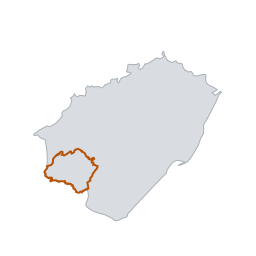 where Lublin sits in Poland, rotated 131°
{"feature_id": "POL-3151", "entity_name": "Lublin", "entity_type": "Voivodeship", "adm_level": 1, "iso_a3": "POL", "parent_name": "Poland", "parent_adm1": "", "projection": "equal_earth", "projection_center": [23.045, 51.304], "detail": "medium", "context": "in_parent", "style": "outline", "palette": "amber", "viewbox_px": 256, "rotation_deg": 131, "n_neighbors": 0, "source": "natural_earth", "source_scale": "10m", "svg_char_len": 5439}
<svg xmlns="http://www.w3.org/2000/svg" viewBox="0 0 256 256"><g transform="rotate(131 128 128)"><path d="M209.0,136.2L210.0,137.8L210.4,139.0L210.0,140.0L210.1,141.0L213.8,145.3L215.2,148.4L216.1,149.6L218.1,151.2L218.3,151.8L217.5,152.4L216.3,152.7L216.0,153.2L217.2,154.7L218.1,157.2L218.1,159.2L217.4,159.7L216.5,160.9L215.9,162.0L211.1,162.8L209.9,164.0L207.3,166.3L205.5,167.6L202.8,170.0L198.6,174.1L192.4,181.1L191.4,182.7L191.6,184.0L192.7,187.1L192.9,188.5L192.7,189.8L192.3,190.9L192.4,191.4L195.0,193.6L195.1,194.0L194.9,194.6L194.3,195.0L192.3,194.6L190.0,193.7L189.2,193.8L188.0,193.6L183.0,191.8L179.6,190.5L179.2,189.6L178.6,188.4L177.2,187.3L173.8,186.4L172.5,185.7L167.1,185.3L164.8,185.3L163.1,185.6L162.0,185.5L160.5,187.4L159.5,187.9L158.1,188.0L156.8,187.7L155.5,186.7L153.4,186.2L151.8,186.4L150.7,186.2L149.8,186.1L149.4,186.3L148.6,186.3L147.5,186.8L146.3,187.4L144.9,188.0L143.8,189.0L142.9,191.2L140.2,190.2L139.3,190.6L138.1,190.9L137.2,190.6L137.4,189.9L137.9,189.1L137.9,187.9L137.6,186.6L136.8,186.2L135.6,186.1L135.0,185.8L134.9,185.4L134.3,184.8L133.2,183.5L132.3,181.8L131.6,181.3L130.5,182.1L128.9,183.0L127.9,183.3L126.0,186.0L122.6,186.0L122.4,184.8L122.1,183.6L120.1,183.3L120.1,182.6L119.7,180.9L115.9,177.5L115.4,176.0L115.6,175.5L115.4,174.6L114.5,174.0L111.4,173.4L110.6,173.8L109.9,173.4L108.8,172.6L106.8,171.9L106.6,171.5L105.9,171.0L105.5,170.9L105.3,171.2L104.7,171.7L102.6,172.4L101.8,172.1L101.1,171.6L100.3,170.4L99.1,169.3L98.1,169.0L97.6,168.4L97.5,168.0L99.7,167.1L100.3,166.3L100.0,164.7L99.7,164.5L98.8,165.0L96.9,165.5L95.2,165.7L94.3,165.7L89.6,162.8L86.4,161.9L84.6,161.6L84.4,161.9L85.1,163.6L86.5,165.6L86.4,166.1L83.6,167.3L82.4,168.0L81.4,169.0L80.5,169.4L79.8,169.3L79.0,168.8L77.1,165.9L74.7,163.6L74.4,163.1L73.6,162.9L72.5,162.4L72.2,161.7L72.8,161.0L73.6,160.3L75.0,159.9L75.4,159.5L75.7,159.0L76.2,158.2L76.1,157.9L75.1,157.1L73.7,156.3L69.7,156.9L68.6,157.3L68.0,156.8L67.6,155.9L66.6,155.8L65.2,155.0L63.6,154.3L62.0,154.1L58.8,153.0L57.5,153.0L56.8,152.6L56.0,151.8L55.4,151.0L55.2,149.2L52.8,148.4L50.4,147.9L50.2,148.1L50.2,149.9L50.0,150.9L48.4,151.5L46.8,151.5L46.9,151.2L49.0,148.0L49.9,146.0L51.1,142.3L50.1,139.4L49.8,138.1L49.3,137.4L46.1,136.0L45.8,135.5L46.5,133.6L46.2,132.8L45.5,132.0L44.5,130.3L44.2,128.9L45.6,127.2L46.7,124.3L47.3,123.1L46.5,122.5L46.3,121.6L46.6,120.3L46.2,119.3L45.0,118.6L44.3,117.8L44.0,116.8L44.4,115.1L45.4,112.9L43.7,110.2L39.1,107.1L37.0,104.9L37.3,103.7L38.3,102.6L40.2,101.6L41.7,99.8L42.6,97.6L42.7,95.7L41.0,89.6L40.8,88.0L40.6,85.7L44.6,87.0L46.3,87.7L46.1,86.9L45.8,86.2L46.1,85.1L46.1,83.6L42.4,82.8L39.9,82.5L39.7,81.4L40.0,80.7L40.7,81.1L43.1,81.3L49.2,79.2L59.6,76.5L70.7,73.9L73.3,73.7L75.9,73.1L76.9,72.2L77.8,71.5L79.4,69.9L82.8,67.3L88.7,66.3L90.9,65.1L95.5,63.4L106.0,61.5L110.3,61.0L114.6,61.0L118.3,62.5L122.2,64.4L122.9,65.5L120.8,64.8L117.7,63.1L116.5,63.0L119.0,68.2L120.5,70.0L123.4,71.4L125.9,71.8L133.6,71.0L136.4,69.9L137.2,69.4L137.9,69.6L148.0,70.2L183.0,71.6L193.1,71.8L193.7,71.7L194.8,70.8L196.0,70.9L197.5,71.4L198.2,71.8L198.5,72.3L198.7,72.8L199.5,72.9L201.0,73.3L203.0,74.2L204.6,75.1L206.1,76.4L206.6,77.8L206.6,79.5L206.5,80.5L208.7,88.6L212.2,96.0L213.5,99.6L214.0,101.5L214.4,104.3L214.5,106.3L214.5,107.4L214.3,108.9L213.3,109.8L206.6,112.4L205.4,113.2L203.4,115.2L201.6,117.3L201.2,118.0L201.1,118.4L201.5,119.1L203.9,120.2L206.3,121.1L207.1,121.8L208.8,122.7L209.5,123.4L209.8,124.1L209.8,125.7L209.0,127.8L209.4,129.4L208.6,130.5L207.9,131.7L207.8,133.8L209.0,136.2Z" fill="#d9dde1" stroke="#a8b0b8" stroke-width="1"/><path d="M201.1,118.5L201.5,118.8L201.4,119.5L201.8,119.7L203.4,119.9L205.1,120.4L205.0,120.8L205.9,121.0L206.1,120.8L206.5,121.1L206.8,120.9L206.8,121.4L207.3,122.2L208.5,122.2L209.5,123.1L210.3,125.2L209.4,126.3L209.2,127.7L209.3,127.9L209.1,128.0L208.8,128.6L209.4,129.4L209.2,130.0L208.2,130.7L207.9,131.6L208.2,132.1L207.9,132.2L208.2,132.6L207.7,132.9L207.9,133.3L207.9,134.4L208.4,135.3L208.2,135.3L208.4,135.7L209.0,135.9L209.2,136.6L210.1,137.0L209.8,137.7L210.7,138.8L210.4,139.0L210.5,139.6L209.6,140.3L209.6,141.1L210.5,141.4L211.6,143.2L213.8,144.8L214.0,145.0L213.6,145.4L214.6,146.8L214.7,148.1L215.5,148.6L216.0,149.7L219.0,151.6L218.8,152.0L217.2,152.2L216.2,152.0L215.6,152.7L215.6,153.2L215.9,153.5L216.8,153.7L216.6,154.2L216.9,154.6L217.9,154.9L217.8,155.5L218.4,156.9L218.0,157.5L218.4,159.0L217.8,159.6L216.6,160.1L216.6,161.1L216.1,162.2L215.1,162.5L211.1,162.7L210.5,163.0L210.1,164.0L208.2,163.1L207.6,162.4L206.5,161.8L205.1,161.7L203.6,161.9L200.8,164.1L199.4,164.3L195.3,164.2L192.7,163.6L192.5,163.3L193.5,163.0L193.0,162.8L190.4,163.2L189.7,162.9L189.3,162.3L189.1,161.7L189.9,160.8L191.6,160.4L190.9,159.2L190.7,158.3L187.8,157.1L183.5,156.2L183.2,155.7L184.3,153.8L182.3,152.9L181.6,152.9L180.4,153.6L179.0,153.5L176.6,152.2L176.0,150.0L175.8,149.9L176.0,148.4L176.0,147.9L175.6,147.6L176.1,147.2L175.3,144.7L175.9,142.4L176.5,141.9L176.8,140.1L176.1,139.4L176.1,138.8L177.0,138.0L177.0,137.1L176.5,137.0L176.8,136.6L176.4,135.9L176.3,135.1L174.1,135.0L173.3,134.6L173.1,134.0L173.3,133.4L173.9,133.3L175.9,133.7L177.7,133.0L177.8,132.4L176.9,131.3L177.6,130.5L178.6,130.1L177.5,128.4L177.5,127.8L176.7,126.0L178.0,125.2L179.4,124.9L182.1,124.9L184.6,124.6L185.5,124.7L187.9,123.5L190.6,123.6L191.6,123.0L191.8,122.3L192.5,121.9L195.3,122.9L196.0,122.7L199.5,118.3L201.1,118.5Z" fill="none" stroke="#b45309" stroke-width="2"/></g></svg>